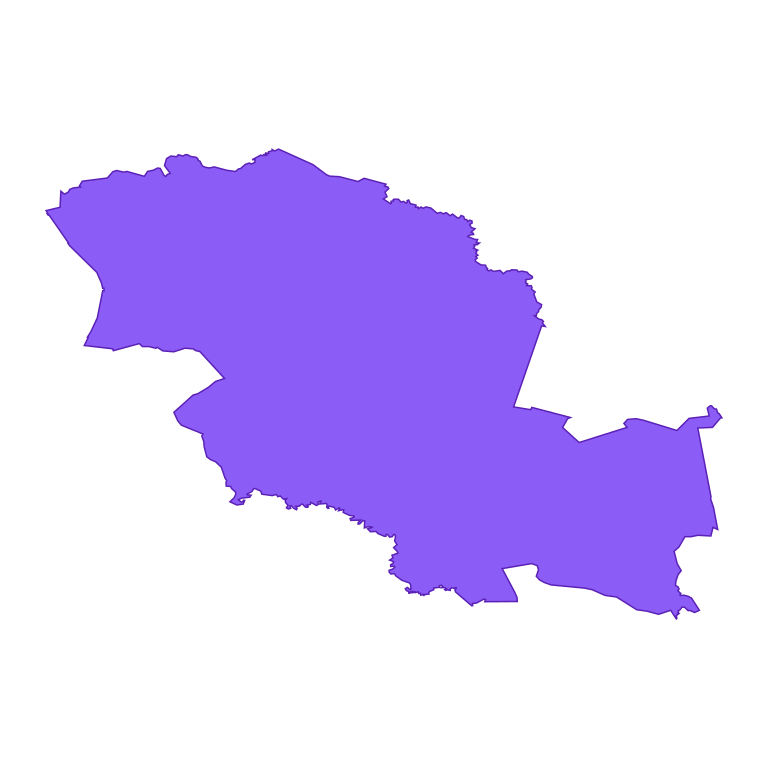 Vaives pag., Cesu, Latvia (Robinson projection)
{"feature_id": "27541924B73856570603331", "entity_name": "Vaives pag.", "entity_type": "district", "adm_level": 2, "iso_a3": "LVA", "parent_name": "Latvia", "parent_adm1": "Cesu", "projection": "robinson", "projection_center": [25.436, 57.231], "detail": "fine", "context": "isolated", "style": "filled", "palette": "violet", "viewbox_px": 768, "rotation_deg": 0, "n_neighbors": 0, "source": "geoboundaries", "source_scale": "gbopen_adm2", "svg_char_len": 6096}
<svg xmlns="http://www.w3.org/2000/svg" viewBox="0 0 768 768"><path d="M463.7,216.5L461.1,215.5L459.6,217.6L457.8,218.1L452.5,214.1L450.0,215.7L446.8,213.0L445.2,212.8L443.9,213.9L440.4,212.4L437.2,213.3L430.9,208.0L426.0,206.9L422.9,208.3L421.1,207.0L418.5,208.6L418.1,207.1L415.5,207.3L416.0,205.1L410.3,203.6L408.7,200.0L407.1,200.6L407.2,202.5L406.1,203.1L403.6,201.4L401.0,202.1L398.4,199.2L393.8,199.2L393.1,199.9L393.5,200.9L391.0,201.3L391.4,203.3L390.3,203.6L383.3,198.9L387.0,196.7L385.0,192.1L388.8,188.6L387.8,186.9L384.6,186.3L386.0,184.2L364.1,178.3L358.0,181.5L339.4,176.7L329.6,176.1L326.3,174.6L313.1,164.7L278.6,149.1L274.6,151.0L272.2,149.6L272.4,150.6L268.5,151.8L268.7,153.4L265.7,153.0L265.6,153.8L266.9,154.9L265.3,155.5L264.1,154.4L262.4,155.7L260.7,155.1L252.2,159.7L255.0,159.7L254.9,162.4L251.3,164.0L249.3,163.0L245.3,164.4L240.6,168.5L238.6,168.9L235.4,171.5L226.5,170.2L214.2,166.9L209.4,168.0L205.0,167.2L202.3,165.9L200.0,161.2L198.3,160.5L198.1,159.2L196.3,157.3L190.8,156.5L187.6,154.8L185.7,154.6L182.9,156.0L178.3,154.7L176.6,156.7L170.8,156.0L166.5,158.7L164.5,165.6L170.2,173.3L167.1,174.6L165.9,176.4L164.2,175.6L160.2,168.4L157.7,168.0L153.3,170.2L147.6,171.4L144.3,176.3L126.7,171.4L124.1,172.2L116.6,170.5L112.9,171.7L107.3,178.0L82.3,181.2L79.4,185.9L80.5,187.0L73.1,188.0L69.8,189.4L68.0,192.4L64.3,194.1L60.9,191.2L60.0,207.3L46.1,210.6L47.8,213.4L47.1,213.6L48.2,215.2L49.0,215.0L57.0,226.4L68.5,243.0L67.9,243.2L69.6,245.7L96.8,272.4L101.5,283.1L102.7,288.3L103.9,288.2L104.1,290.8L102.7,290.8L97.3,317.9L90.8,331.8L87.4,337.2L88.2,337.4L84.3,345.5L112.6,348.8L113.3,350.7L139.3,343.6L142.4,346.6L149.2,346.6L155.9,348.3L157.2,347.3L162.8,350.9L173.8,351.8L185.0,348.2L193.3,348.9L195.4,350.5L199.9,351.6L224.5,378.5L215.6,381.4L208.4,387.3L197.6,393.8L193.2,395.0L173.9,412.3L177.8,420.9L181.4,425.2L203.0,434.0L201.8,436.1L203.8,441.6L204.2,447.0L206.8,456.8L210.5,459.6L215.5,461.7L221.3,467.2L225.1,478.3L226.7,480.5L226.0,482.6L226.2,486.1L230.7,486.5L231.5,488.5L235.6,492.1L235.7,494.4L234.1,497.8L229.9,501.8L236.8,505.0L243.2,504.1L244.7,500.4L243.5,500.2L242.6,501.8L241.2,502.1L238.3,499.7L242.0,498.1L249.8,497.2L251.1,495.2L247.4,494.9L247.1,494.0L251.9,491.6L253.6,488.8L254.7,488.5L260.8,491.1L261.8,494.2L272.4,495.6L276.3,494.5L277.8,496.7L280.3,496.0L283.4,499.2L286.6,498.6L285.2,500.2L285.6,502.6L288.0,505.2L286.4,507.8L288.3,509.0L290.6,508.4L289.9,506.1L291.3,505.7L293.8,508.4L296.5,509.7L297.1,508.2L295.7,506.4L299.5,506.1L301.3,504.1L302.5,504.2L305.5,507.2L307.8,507.3L308.1,506.6L306.7,505.2L310.3,504.5L310.9,502.4L316.4,505.5L317.9,504.7L318.2,501.7L321.0,501.2L319.6,504.0L326.4,503.5L327.1,504.6L326.7,507.2L327.8,508.3L328.8,508.3L328.2,506.3L328.8,506.0L334.3,507.4L335.6,510.0L339.2,507.8L339.8,508.3L338.6,510.7L343.4,509.6L343.9,509.9L343.1,512.2L344.0,512.8L349.5,515.4L353.9,516.0L354.2,516.7L352.8,517.8L350.1,518.5L350.8,520.4L360.6,520.1L358.1,522.6L358.1,524.1L359.7,523.9L363.0,520.6L364.7,520.8L364.3,527.9L368.3,526.6L372.9,527.2L367.6,528.8L370.4,531.7L376.1,531.5L377.8,533.5L384.4,536.3L385.9,536.3L386.1,534.5L387.3,534.4L389.6,537.1L392.4,536.6L393.5,534.6L394.8,534.5L395.5,536.7L394.6,540.9L397.0,544.6L393.6,547.6L397.4,551.6L397.8,553.2L392.0,555.2L392.9,558.0L389.6,560.1L393.6,561.6L393.1,563.2L390.6,564.9L390.7,566.5L394.0,566.1L394.8,567.1L392.5,569.2L389.1,570.3L389.1,572.0L390.8,574.0L394.4,573.6L396.0,576.1L401.9,580.3L409.5,583.0L410.6,584.8L411.0,589.1L409.9,589.4L407.5,587.4L405.3,588.7L406.4,590.6L408.8,591.5L408.7,593.1L409.4,593.3L410.8,591.6L411.1,592.8L413.1,592.6L412.7,591.6L414.8,591.8L414.2,592.4L415.2,592.6L418.4,591.9L418.7,593.5L420.6,593.4L420.7,595.1L424.4,594.1L423.2,595.1L423.9,595.5L424.8,594.6L429.0,594.0L428.6,592.8L429.5,591.5L433.7,589.8L433.7,588.0L439.7,587.3L439.5,585.7L441.3,585.2L442.8,586.4L441.5,587.7L444.8,587.6L446.3,588.6L444.7,589.6L445.7,590.4L446.9,589.8L450.2,590.4L450.2,589.0L451.9,587.7L453.9,588.4L456.0,587.6L456.3,588.4L454.9,590.0L455.5,591.9L471.7,605.8L472.7,605.6L472.5,603.5L476.6,603.0L483.9,599.1L485.5,599.5L484.7,601.7L517.3,601.5L517.0,597.3L514.7,592.2L502.2,568.6L531.7,563.6L537.2,565.6L538.5,569.7L536.3,576.3L539.6,579.9L544.3,582.5L551.0,584.9L584.5,588.1L592.2,589.7L605.0,595.4L616.5,597.0L636.7,609.7L647.0,611.2L658.7,614.3L670.7,610.3L676.3,618.9L676.9,618.2L676.3,615.7L678.9,613.6L677.6,613.3L678.7,611.9L678.1,610.8L680.2,609.6L681.9,607.2L684.5,607.2L688.2,610.7L689.4,610.3L694.7,612.5L699.4,610.3L691.6,598.2L688.2,596.3L683.8,595.2L680.5,595.5L679.9,594.9L680.8,593.5L677.8,590.7L679.1,589.0L677.9,586.7L675.4,585.4L676.0,580.9L678.0,574.8L681.2,570.7L677.2,563.6L674.1,551.3L678.9,547.1L684.9,536.7L691.1,536.7L697.9,535.3L710.9,536.0L713.0,527.4L717.7,529.5L713.5,507.4L710.6,498.8L711.0,496.8L697.8,428.0L712.5,427.4L720.3,418.2L721.9,417.8L719.2,413.7L717.6,412.7L716.5,409.1L714.3,408.8L711.5,405.8L710.1,405.8L707.3,408.2L709.2,416.0L689.0,418.4L676.9,430.5L643.7,420.3L636.1,418.7L627.6,419.4L623.9,423.4L627.0,427.4L579.1,442.5L562.6,427.5L567.6,418.7L570.4,417.5L531.8,407.4L530.7,409.7L513.6,406.9L541.6,325.9L545.2,326.5L542.9,323.5L542.5,322.4L543.4,321.4L541.7,319.6L539.1,319.2L534.3,315.8L536.4,315.6L536.5,313.6L538.6,311.6L538.7,309.9L541.0,307.4L541.6,304.6L536.8,301.9L533.8,294.0L535.2,291.9L531.5,289.3L532.0,287.3L531.2,285.7L526.6,285.6L527.6,283.9L525.4,282.6L526.0,281.4L525.7,279.7L530.9,278.9L532.5,277.7L532.3,276.5L528.3,273.8L527.4,272.3L522.0,271.1L518.4,271.8L517.0,270.0L511.4,269.8L510.3,270.8L506.7,271.1L503.3,273.7L500.1,270.4L493.5,271.4L491.0,269.9L488.7,270.8L487.0,269.7L487.6,268.6L486.2,267.3L485.6,265.2L481.0,264.9L475.5,261.4L475.3,259.7L477.2,258.1L475.7,256.4L477.9,255.2L475.8,253.3L476.7,251.9L476.0,251.0L477.7,250.1L473.5,248.2L474.7,246.4L474.0,244.9L477.3,244.7L479.4,243.0L476.3,242.8L477.6,239.5L474.8,239.4L467.8,236.5L469.5,235.1L473.6,234.5L473.4,233.4L471.1,232.2L475.0,228.7L471.3,227.6L469.7,224.4L472.1,223.1L472.0,221.0L469.7,220.2L467.9,221.6L466.8,219.7L464.5,219.2L463.7,216.5Z" fill="#8b5cf6" stroke="#5b21b6" stroke-width="1.5"/></svg>